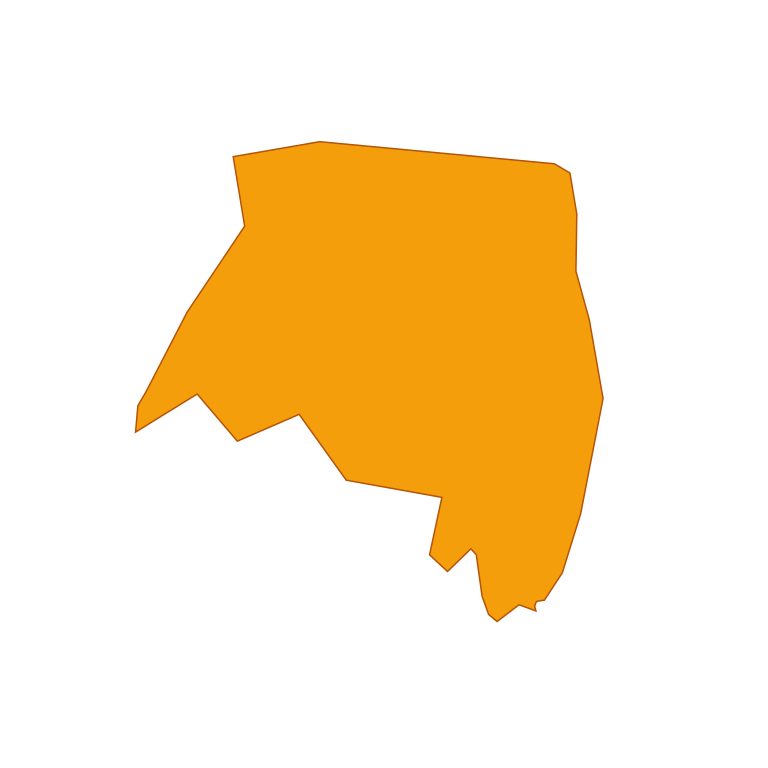 the district of San Miguel del Río, Oaxaca, Mexico, rotated 159°
{"feature_id": "50627088B44096778996990", "entity_name": "San Miguel del Río", "entity_type": "district", "adm_level": 2, "iso_a3": "MEX", "parent_name": "Mexico", "parent_adm1": "Oaxaca", "projection": "natural_earth1", "projection_center": [-96.573, 17.33], "detail": "fine", "context": "isolated", "style": "filled", "palette": "amber", "viewbox_px": 768, "rotation_deg": 159, "n_neighbors": 0, "source": "geoboundaries", "source_scale": "gbopen_adm2", "svg_char_len": 627}
<svg xmlns="http://www.w3.org/2000/svg" viewBox="0 0 768 768"><g transform="rotate(159 384 384)"><path d="M134.8,514.3L146.0,528.5L357.3,633.3L443.3,650.3L457.5,581.3L542.1,521.6L609.0,462.0L621.6,451.9L633.2,428.1L607.1,433.1L562.0,441.6L541.4,383.2L474.1,386.1L453.7,307.7L370.6,257.4L402.7,208.2L391.9,186.2L362.0,199.0L359.0,191.6L368.5,150.7L368.9,131.3L363.5,121.7L337.1,129.5L323.5,117.7L323.0,122.4L320.4,125.6L318.3,126.2L316.1,125.7L314.8,125.4L313.1,125.1L311.9,124.6L285.2,143.8L246.9,192.4L184.7,291.9L169.3,370.5L164.4,420.5L143.1,473.6L134.8,514.3Z" fill="#f59e0b" stroke="#b45309" stroke-width="1.5"/></g></svg>